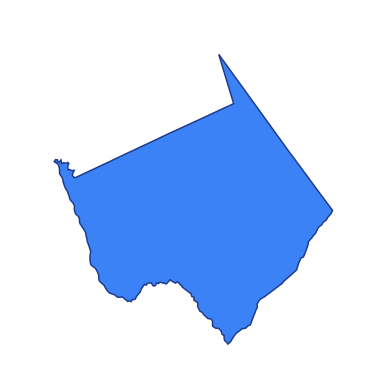 the district of Aldeias Altas, Maranhão, Brazil, rotated 13°
{"feature_id": "56859067B78587835944607", "entity_name": "Aldeias Altas", "entity_type": "district", "adm_level": 2, "iso_a3": "BRA", "parent_name": "Brazil", "parent_adm1": "Maranhão", "projection": "equal_earth", "projection_center": [-43.461, -4.47], "detail": "fine", "context": "isolated", "style": "filled", "palette": "blue", "viewbox_px": 384, "rotation_deg": 13, "n_neighbors": 0, "source": "geoboundaries", "source_scale": "gbopen_adm2", "svg_char_len": 2463}
<svg xmlns="http://www.w3.org/2000/svg" viewBox="0 0 384 384"><g transform="rotate(13 192 192)"><path d="M187.1,51.9L212.7,96.5L191.9,112.7L188.0,115.8L157.0,139.7L150.2,145.1L137.8,154.9L132.7,158.9L114.0,173.6L103.9,181.7L74.8,204.5L73.4,204.0L72.0,203.2L71.5,201.5L72.4,197.4L70.0,198.2L67.7,197.6L66.2,198.2L65.1,195.0L65.6,192.0L64.3,191.1L63.2,192.2L60.3,192.4L58.7,193.8L57.1,190.2L55.9,192.9L54.6,192.7L53.7,190.9L51.7,191.2L50.9,193.4L53.2,194.3L55.3,195.1L57.3,198.3L59.0,204.2L61.6,206.5L63.6,209.4L64.3,211.4L66.1,214.3L67.8,216.8L69.1,218.2L70.5,219.3L71.5,221.2L72.3,222.3L73.4,223.9L74.4,226.1L75.6,227.4L76.9,228.4L78.1,229.1L80.1,231.0L80.9,233.4L81.2,235.1L81.7,236.7L83.2,239.0L84.2,240.1L85.5,240.6L87.0,241.5L88.4,243.6L88.8,245.3L89.3,247.0L90.6,248.7L92.1,249.8L93.2,251.2L94.9,252.6L96.1,253.9L97.7,255.8L98.7,258.7L100.2,261.3L101.0,263.7L102.6,266.0L104.1,268.3L105.6,271.0L106.8,273.0L106.8,274.9L107.0,277.4L107.6,280.0L108.2,282.1L109.5,285.1L110.6,286.2L112.4,286.9L114.9,288.0L116.9,290.0L118.8,292.5L120.2,294.9L120.6,297.5L121.6,299.4L124.1,301.0L127.3,302.7L129.9,305.7L132.8,308.1L134.7,309.1L137.0,309.3L140.0,309.6L142.5,311.1L144.0,311.1L148.0,309.9L149.7,310.9L152.3,312.2L153.9,313.1L155.2,312.2L157.4,312.5L158.0,310.3L159.6,309.9L160.8,309.1L161.5,306.0L163.9,301.4L164.6,297.2L165.5,295.1L166.3,292.7L168.1,293.2L169.4,290.8L172.7,289.8L175.4,292.3L177.5,291.4L177.9,288.6L179.9,288.7L181.0,287.1L184.3,287.2L187.7,287.3L190.5,282.4L192.8,283.5L196.2,284.5L198.2,282.8L201.8,285.2L203.1,285.5L203.8,286.8L213.8,291.3L215.3,293.8L217.7,294.2L218.2,297.0L222.5,298.6L223.3,302.5L224.2,303.5L226.4,306.3L229.3,307.1L231.1,309.0L236.2,311.8L239.2,311.4L241.1,313.4L242.3,318.2L245.8,319.4L248.8,318.9L251.8,321.1L253.4,324.0L255.5,324.6L256.3,327.7L257.4,329.5L259.5,330.4L261.0,332.1L263.1,329.7L264.9,324.2L266.6,320.1L269.6,316.5L271.3,314.1L274.9,312.6L276.9,309.6L278.7,308.4L280.1,298.0L280.5,295.7L280.8,292.8L281.6,290.0L280.6,286.6L281.3,284.4L281.9,282.3L283.9,279.8L286.0,278.0L300.6,260.5L301.3,258.6L308.6,248.5L311.4,244.4L312.0,237.1L313.2,231.5L315.2,230.3L316.3,223.3L317.0,216.2L316.5,214.4L319.1,209.6L319.8,207.7L321.2,205.3L322.0,203.1L322.9,198.8L323.9,196.9L325.2,195.6L326.0,194.2L326.7,192.0L329.3,188.8L329.7,186.7L330.6,185.2L332.4,181.6L333.1,178.3L314.1,162.2L290.0,141.5L280.8,133.6L279.4,132.6L277.6,131.0L249.4,106.3L187.1,51.9Z" fill="#3b82f6" stroke="#1e3a8a" stroke-width="1.5"/></g></svg>